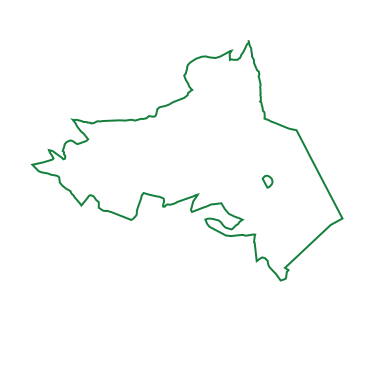 Isangi, Orientale, Democratic Republic of the Congo (Mercator projection), rotated 60°
{"feature_id": "63176286B30130216174864", "entity_name": "Isangi", "entity_type": "district", "adm_level": 2, "iso_a3": "COD", "parent_name": "Democratic Republic of the Congo", "parent_adm1": "Orientale", "projection": "mercator", "projection_center": [24.08, 0.36], "detail": "fine", "context": "isolated", "style": "outline", "palette": "green", "viewbox_px": 384, "rotation_deg": 60, "n_neighbors": 0, "source": "geoboundaries", "source_scale": "gbopen_adm2", "svg_char_len": 4517}
<svg xmlns="http://www.w3.org/2000/svg" viewBox="0 0 384 384"><g transform="rotate(60 192 192)"><path d="M190.7,70.6L186.8,75.1L184.8,77.0L183.4,78.1L182.2,79.0L178.2,82.1L173.5,85.7L170.7,88.1L168.8,89.2L167.6,90.1L167.2,90.4L164.7,92.5L163.4,91.6L162.3,90.9L161.1,90.3L159.7,89.6L158.4,89.5L157.5,89.9L157.2,90.0L154.4,88.8L153.7,88.5L152.4,88.4L149.6,87.4L149.1,87.2L148.5,87.5L147.7,87.8L147.6,87.3L147.4,86.8L144.7,85.2L143.9,84.7L142.6,84.6L141.6,83.8L141.5,83.7L141.4,83.4L140.6,83.2L138.5,82.1L136.9,81.2L135.4,80.6L133.9,79.3L132.5,78.6L129.5,77.7L127.1,76.9L125.2,76.5L123.7,74.8L122.5,74.4L121.4,74.0L120.9,74.0L120.7,74.0L120.4,74.2L119.5,74.7L118.5,74.7L113.0,74.0L111.1,73.7L108.5,72.3L106.0,72.3L104.6,72.2L104.1,71.9L102.8,71.2L100.6,70.5L97.1,68.9L96.1,68.9L94.7,68.9L92.2,68.3L89.9,67.4L89.8,67.5L91.3,68.4L91.4,69.3L91.5,69.9L91.6,70.5L96.6,77.7L97.8,80.5L99.9,83.3L99.8,84.3L100.3,86.4L98.5,89.6L98.0,90.3L96.9,91.5L96.8,92.0L96.6,93.1L92.0,90.7L91.1,90.2L89.5,87.2L89.0,89.0L89.0,94.0L88.8,100.0L88.1,103.2L87.8,104.5L84.3,109.4L81.4,112.4L79.7,116.0L79.3,118.4L78.6,121.8L79.0,128.9L79.8,131.7L80.4,132.5L81.3,133.7L82.7,134.5L83.4,135.2L86.5,138.4L87.2,140.5L89.9,141.0L92.1,141.3L94.5,141.2L96.6,141.2L99.6,141.7L103.8,140.8L103.7,141.9L103.6,142.1L103.8,142.8L103.9,143.3L104.3,144.6L104.2,144.9L104.2,145.0L104.1,145.5L106.0,147.5L106.6,151.6L104.8,163.2L104.8,168.1L104.2,171.9L102.4,177.6L103.0,180.7L104.2,181.7L106.3,183.6L107.8,185.3L107.8,187.4L104.7,191.4L105.4,194.5L105.1,195.3L104.5,197.5L103.2,199.4L101.8,205.4L101.4,205.8L101.1,206.2L99.8,207.5L99.4,208.1L98.8,209.0L97.0,213.7L93.9,218.6L92.3,221.6L86.3,233.1L85.6,234.5L85.4,235.4L84.7,236.7L83.6,238.2L83.3,239.9L83.2,242.6L83.1,243.2L82.4,244.1L82.2,245.1L81.8,245.2L81.7,245.3L81.1,245.6L80.5,246.5L80.0,247.4L79.5,247.5L77.9,249.5L77.1,251.0L76.1,251.6L75.6,251.9L71.9,255.7L70.4,258.7L70.2,258.9L70.0,259.1L74.0,258.5L77.9,258.7L84.0,257.9L87.4,256.6L94.4,255.6L94.9,257.4L94.9,258.9L94.4,261.2L93.9,264.2L93.3,267.2L92.0,268.1L88.5,269.7L86.6,271.4L86.2,273.7L86.1,275.7L86.2,275.9L87.0,278.4L88.4,279.5L91.9,283.5L92.6,283.2L92.8,283.1L93.0,283.0L93.7,283.0L95.2,284.0L97.5,283.7L99.6,285.4L99.3,287.1L97.6,287.4L86.9,292.2L84.2,294.9L86.5,295.3L90.7,295.1L93.7,295.1L94.1,296.1L93.9,297.9L91.9,306.3L88.6,316.6L97.3,314.4L98.1,313.8L99.5,312.7L104.1,307.3L106.6,305.4L110.1,301.2L112.1,299.8L112.7,299.9L113.7,300.0L115.8,300.9L117.3,301.6L118.7,301.6L122.0,301.0L126.1,299.4L130.5,296.8L131.9,297.1L132.2,297.1L133.2,297.1L133.3,297.1L133.6,297.0L136.2,296.2L137.1,296.3L137.8,296.4L139.7,295.9L144.0,295.1L145.8,294.8L148.4,294.5L145.5,286.9L143.8,282.9L144.1,281.3L146.7,279.3L151.0,279.0L154.2,277.8L159.0,280.6L162.8,278.8L163.9,278.0L164.2,277.8L165.1,276.7L165.8,275.3L166.0,274.9L166.2,274.5L166.4,274.4L166.5,274.3L167.1,273.8L168.1,273.0L168.3,272.5L169.2,271.8L183.8,260.2L185.8,258.7L185.8,256.5L185.0,253.5L184.1,251.4L182.4,250.1L180.7,249.1L179.4,247.7L178.8,247.1L172.0,239.1L169.9,237.3L168.7,234.4L172.8,230.5L177.3,225.7L178.1,224.8L179.9,222.6L182.7,220.3L184.0,219.9L186.4,221.1L188.9,223.6L190.1,224.3L191.1,223.0L190.6,221.8L190.4,220.3L190.4,220.2L190.5,220.0L190.6,219.2L191.9,217.7L192.1,217.4L193.2,213.4L193.2,212.4L193.4,211.3L193.2,210.3L196.4,193.3L196.7,189.9L197.2,188.3L200.9,195.8L207.1,201.9L209.3,202.0L211.1,190.3L211.7,187.3L211.9,186.4L212.3,181.9L216.5,172.2L223.2,172.1L229.3,171.0L234.9,167.2L238.1,164.4L241.3,162.1L241.3,162.3L241.7,165.9L242.1,166.6L242.2,166.9L242.9,168.1L242.9,169.2L242.8,169.5L242.8,170.2L244.1,175.1L244.2,176.4L239.7,180.7L236.5,181.7L233.1,182.0L230.3,182.9L226.3,186.8L223.9,189.9L223.0,191.8L222.6,194.2L227.1,194.8L230.7,194.3L230.8,194.3L246.6,184.4L247.2,183.6L249.6,180.4L253.3,172.1L254.6,169.4L256.8,167.2L259.8,159.4L260.5,158.6L261.8,159.9L266.5,163.4L266.9,163.2L267.0,163.2L267.3,163.1L284.2,170.5L283.8,167.2L283.8,163.9L285.6,162.0L289.5,160.9L291.1,161.6L293.7,162.4L295.7,162.5L303.4,160.7L304.4,160.3L313.0,159.5L313.5,157.2L314.0,154.5L313.1,153.2L308.7,149.9L307.9,147.5L304.2,149.4L300.4,133.0L299.7,130.1L296.0,114.4L289.9,88.4L290.2,75.1L290.2,74.9L289.1,74.9L285.2,74.7L251.8,73.3L226.2,72.2L219.0,71.9L209.4,71.4L190.7,70.6ZM215.8,124.1L215.3,123.0L214.8,121.1L215.2,119.2L216.1,118.2L217.7,117.1L219.2,116.6L220.5,116.4L222.6,116.8L223.7,117.3L224.6,118.2L225.2,119.0L225.7,120.4L226.2,122.2L226.2,123.7L225.9,124.5L225.0,124.5L217.1,124.2L215.9,124.2L215.8,124.1Z" fill="none" stroke="#15803d" stroke-width="2"/></g></svg>